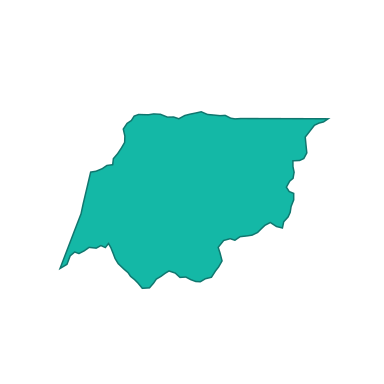 Itapororoca, Paraíba, Brazil, rotated 308°
{"feature_id": "56859067B24843901347599", "entity_name": "Itapororoca", "entity_type": "district", "adm_level": 2, "iso_a3": "BRA", "parent_name": "Brazil", "parent_adm1": "Paraíba", "projection": "orthographic", "projection_center": [-35.262, -6.812], "detail": "fine", "context": "isolated", "style": "filled", "palette": "teal", "viewbox_px": 384, "rotation_deg": 308, "n_neighbors": 0, "source": "geoboundaries", "source_scale": "gbopen_adm2", "svg_char_len": 1488}
<svg xmlns="http://www.w3.org/2000/svg" viewBox="0 0 384 384"><g transform="rotate(308 192 192)"><path d="M126.4,253.8L131.8,255.9L136.8,259.8L144.4,259.1L149.3,259.1L156.2,258.1L161.2,251.6L164.5,246.7L173.3,246.8L178.7,250.8L180.4,255.5L186.4,257.4L191.5,262.6L195.0,265.9L200.5,268.6L206.0,269.3L210.7,270.0L216.2,272.5L216.8,279.8L219.3,285.4L225.0,282.6L231.5,283.1L236.4,281.9L241.6,279.0L248.4,277.0L253.5,273.0L252.2,268.3L253.9,263.4L260.7,262.3L265.0,263.2L270.4,260.3L274.2,255.9L278.7,252.3L283.1,257.4L287.2,259.5L293.5,258.4L299.3,252.8L305.0,247.4L312.8,247.4L320.0,247.4L324.4,249.6L328.2,252.5L333.5,254.2L280.0,185.3L276.1,180.9L274.0,177.1L272.8,171.0L269.4,167.1L266.5,162.5L262.6,156.4L260.9,149.9L256.4,146.2L252.1,142.5L247.8,139.2L241.6,136.5L239.8,131.4L235.9,126.6L233.8,119.3L229.9,113.7L226.0,110.1L223.1,106.2L220.2,102.2L216.2,99.7L211.0,100.2L206.1,98.6L199.3,99.1L194.7,104.7L189.6,108.4L183.1,109.3L176.4,109.8L169.9,109.5L164.7,112.7L160.5,108.6L155.1,106.9L149.3,103.6L145.3,99.9L115.3,113.7L106.5,118.0L89.3,123.2L50.5,135.1L58.0,138.0L66.7,135.3L72.5,136.5L73.9,140.8L79.3,143.3L85.0,145.0L88.8,151.1L93.7,153.2L94.9,157.9L100.0,157.9L98.2,162.3L94.7,168.3L92.2,172.4L90.1,178.0L89.3,186.2L89.1,191.2L87.7,195.5L87.6,200.6L87.0,205.4L85.5,212.1L90.3,217.5L96.6,217.8L101.4,217.5L106.5,219.5L111.5,220.9L115.6,222.5L117.8,228.7L117.3,235.1L121.2,239.5L122.2,245.1L123.8,250.1L126.4,253.8Z" fill="#14b8a6" stroke="#0f766e" stroke-width="1.5"/></g></svg>